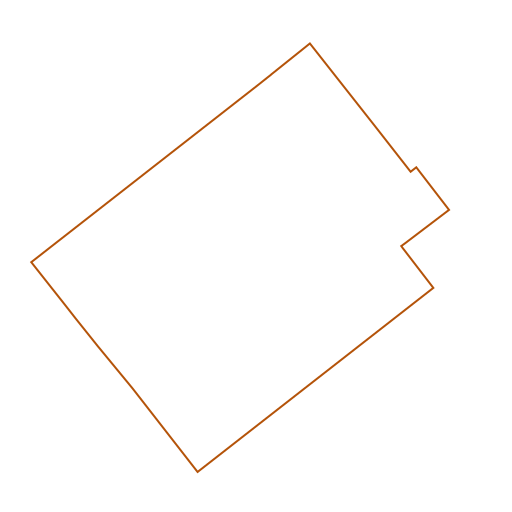 Chippewa, Wisconsin, United States of America, rotated 142°
{"feature_id": "52423323B31580722311005", "entity_name": "Chippewa", "entity_type": "district", "adm_level": 2, "iso_a3": "USA", "parent_name": "United States of America", "parent_adm1": "Wisconsin", "projection": "natural_earth1", "projection_center": [-91.404, 45.074], "detail": "fine", "context": "isolated", "style": "outline", "palette": "amber", "viewbox_px": 512, "rotation_deg": 142, "n_neighbors": 0, "source": "geoboundaries", "source_scale": "gbopen_adm2", "svg_char_len": 437}
<svg xmlns="http://www.w3.org/2000/svg" viewBox="0 0 512 512"><g transform="rotate(142 256 256)"><path d="M135.9,121.7L135.5,172.2L135.4,174.4L129.1,174.2L127.8,174.2L127.0,174.2L75.5,173.5L75.1,227.2L82.3,227.2L82.3,283.2L82.7,390.3L132.0,389.7L133.0,389.6L137.1,389.6L148.8,389.5L173.1,389.5L436.9,389.5L436.6,335.8L436.6,318.0L436.2,282.4L434.8,227.6L435.0,121.8L135.9,121.7Z" fill="none" stroke="#b45309" stroke-width="2"/></g></svg>